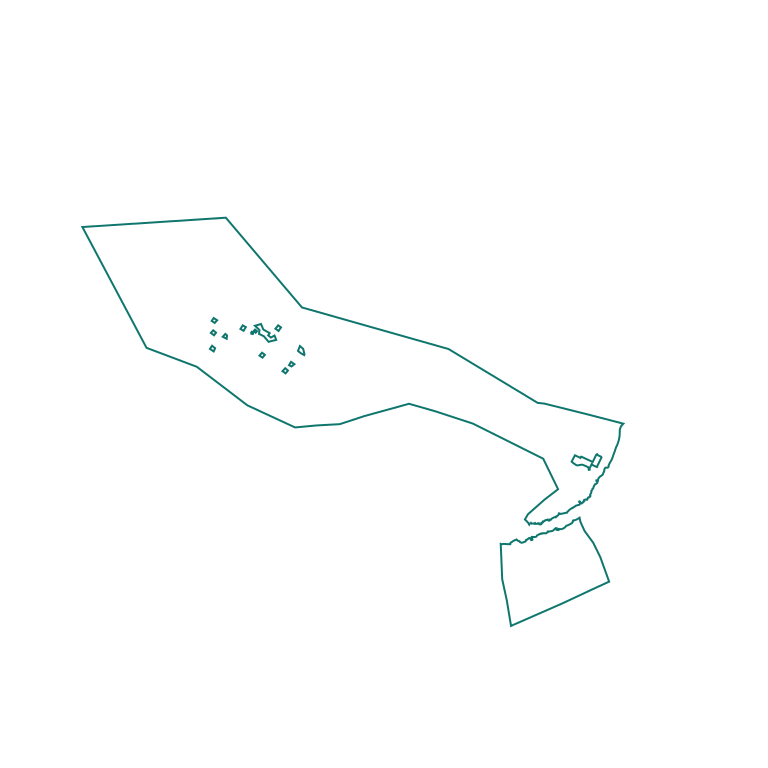 Zemam Out, Al Jizah, Egypt (Robinson projection), rotated 62°
{"feature_id": "37247803B81980397210132", "entity_name": "Zemam Out", "entity_type": "district", "adm_level": 2, "iso_a3": "EGY", "parent_name": "Egypt", "parent_adm1": "Al Jizah", "projection": "robinson", "projection_center": [30.957, 29.003], "detail": "fine", "context": "isolated", "style": "outline", "palette": "teal", "viewbox_px": 768, "rotation_deg": 62, "n_neighbors": 0, "source": "geoboundaries", "source_scale": "gbopen_adm2", "svg_char_len": 5976}
<svg xmlns="http://www.w3.org/2000/svg" viewBox="0 0 768 768"><g transform="rotate(62 384 384)"><path d="M569.5,240.2L568.3,239.4L567.3,237.4L567.1,236.1L566.8,233.6L566.2,232.8L565.5,232.1L564.4,230.5L564.0,230.2L563.4,230.0L562.9,229.5L562.1,228.5L561.9,227.6L562.1,227.1L562.4,226.7L562.8,226.0L562.9,225.3L562.7,224.9L562.2,224.3L561.4,224.0L561.0,223.4L560.3,222.6L560.2,222.3L559.6,221.6L557.8,218.6L557.0,217.6L555.6,216.1L553.3,213.7L551.4,211.4L550.6,210.7L549.7,209.7L549.0,209.0L546.9,206.2L544.5,203.7L542.5,201.9L539.7,199.9L536.2,197.9L535.2,197.3L534.2,196.4L532.7,194.7L532.4,194.2L531.4,191.3L517.6,206.3L505.7,219.3L476.6,251.6L472.8,257.2L383.4,310.6L277.9,420.5L162.9,445.6L103.8,576.6L240.6,576.7L280.9,541.2L338.8,514.6L380.6,482.9L388.8,463.3L398.7,441.9L403.1,416.5L413.2,371.2L432.3,351.4L460.7,324.1L524.7,278.5L558.6,279.7L561.5,296.7L566.6,318.1L569.8,323.2L571.5,322.6L574.0,321.9L576.3,321.8L575.9,321.2L575.7,321.1L575.7,320.8L576.0,319.8L575.7,319.4L576.7,319.1L577.0,318.2L577.4,317.6L577.5,317.2L577.6,316.3L578.0,316.6L578.0,316.8L578.6,316.1L579.0,315.0L579.5,314.1L579.2,313.7L579.6,312.7L579.9,312.8L580.8,312.7L581.1,312.2L581.5,311.8L581.6,311.2L581.4,310.5L581.3,310.4L581.0,310.3L580.7,310.5L580.6,310.4L580.7,309.9L580.9,309.3L580.8,308.8L580.1,308.7L579.9,308.0L580.3,307.2L580.4,306.4L580.0,305.6L580.0,305.3L580.3,304.3L580.7,303.6L580.8,303.4L580.6,303.0L580.9,302.7L581.6,303.0L581.8,302.9L582.0,302.6L582.2,302.3L582.2,301.8L581.8,301.4L581.6,301.4L581.6,301.1L582.0,301.0L582.2,300.4L581.8,299.6L581.6,298.6L581.6,296.2L581.9,295.4L582.0,295.0L581.8,294.4L581.8,293.9L581.9,293.6L581.7,292.6L581.8,292.7L581.5,291.5L581.1,290.6L580.5,290.5L580.3,290.2L580.7,289.7L581.2,289.7L581.7,289.0L582.0,287.9L582.6,285.8L583.5,282.8L583.1,282.5L582.8,281.2L582.5,280.3L582.8,280.3L582.4,280.3L582.3,280.0L581.8,277.1L582.1,275.9L582.0,275.5L581.8,275.4L581.9,274.5L581.8,274.0L581.8,273.3L581.7,272.8L581.7,272.1L581.5,271.9L581.6,271.3L581.7,270.9L582.0,269.3L582.3,268.8L582.3,268.2L581.8,267.0L580.5,266.9L580.2,267.0L579.7,267.0L579.4,266.9L579.3,266.7L579.8,266.2L582.0,265.8L582.2,265.7L582.2,265.4L582.1,265.2L582.0,264.7L582.1,264.3L582.0,264.0L581.6,263.6L581.5,263.2L581.6,262.6L581.5,262.2L580.6,262.2L580.4,261.9L580.3,261.6L580.5,261.0L580.7,259.9L581.4,259.4L581.6,258.9L581.2,258.4L580.5,257.8L580.2,257.4L580.0,256.6L580.5,255.9L580.2,255.1L579.8,254.3L579.5,254.2L579.4,254.3L578.9,254.3L578.6,254.1L578.0,253.2L577.6,252.4L577.3,252.0L576.5,251.6L576.2,251.3L575.8,251.2L575.6,250.5L574.9,249.5L574.6,249.4L574.6,249.0L574.4,248.5L574.3,248.2L572.8,246.8L572.8,246.5L572.4,246.0L571.7,245.0L571.6,244.5L571.8,244.0L571.7,243.4L571.5,242.9L571.4,242.5L571.4,242.1L570.6,241.6L569.9,241.3L569.2,242.0L568.9,241.8L569.4,241.3L569.1,241.0L569.3,240.6L569.7,240.4L569.5,240.2ZM548.6,246.5L548.1,247.2L546.7,251.4L546.4,251.8L545.9,252.2L545.8,252.4L542.6,254.0L540.7,254.8L536.6,248.9L540.8,245.7L541.5,245.3L540.7,244.1L540.8,243.9L550.8,236.3L546.0,229.7L546.1,228.7L546.8,228.7L547.3,228.6L549.8,226.7L550.5,226.4L550.9,226.4L556.6,234.2L557.1,234.9L557.3,234.9L557.3,235.0L553.4,238.0L553.2,238.0L552.4,237.9L552.1,238.1L555.1,242.2L555.0,242.6L555.4,242.7L555.9,242.5L556.2,242.6L555.9,243.5L553.8,242.8L553.1,242.9L550.7,244.8L548.6,246.5ZM293.2,463.3L292.6,466.1L285.4,467.7L281.1,470.8L277.9,468.6L272.0,470.6L273.3,464.4L279.2,465.0L285.4,461.1L286.7,463.4L289.9,462.0L289.8,457.9L294.5,458.5L293.2,463.3ZM317.7,443.0L314.4,444.4L311.0,440.4L315.0,438.9L320.3,440.2L321.0,440.9L317.7,443.0ZM287.7,452.2L284.2,453.9L282.5,449.9L285.7,448.4L287.7,452.2ZM271.1,483.0L268.0,484.9L265.9,481.2L268.9,479.3L271.1,483.0ZM275.3,519.1L271.3,521.2L269.5,517.9L273.1,516.3L275.3,519.1ZM328.4,465.9L325.0,467.6L323.7,463.8L327.0,462.5L328.4,465.9ZM250.6,504.8L247.4,506.5L245.8,503.4L249.4,501.4L250.6,504.8ZM303.7,478.9L300.5,480.6L299.1,477.0L302.3,475.5L303.7,478.9ZM261.2,511.2L257.6,512.9L256.4,509.6L259.8,508.2L261.2,511.2ZM325.1,457.4L322.8,459.0L320.8,455.7L324.4,453.8L325.1,457.4ZM270.2,501.7L266.6,504.2L265.3,500.6L267.4,499.8L270.2,501.7ZM278.5,473.3L276.1,474.3L275.4,472.3L277.8,471.3L278.5,473.3ZM278.3,476.4L277.5,477.5L276.4,477.3L275.9,476.3L277.4,475.5L278.3,476.4ZM664.2,278.0L638.4,274.3L622.4,273.8L608.0,275.9L598.0,275.3L593.8,274.1L593.8,274.3L594.0,274.9L594.0,275.5L594.1,276.9L594.0,278.5L593.7,280.1L593.5,280.4L593.5,280.5L593.3,280.7L593.3,281.1L593.9,281.9L594.2,281.9L594.4,282.2L594.7,282.5L595.2,283.7L595.1,284.7L595.1,287.2L595.0,287.6L595.1,288.2L594.8,289.3L594.8,289.8L594.9,290.0L595.5,291.4L595.6,291.9L595.7,292.9L595.7,294.0L595.4,295.5L595.0,296.3L594.6,296.9L594.5,297.1L593.9,298.0L594.8,298.2L594.8,298.8L594.2,299.6L593.4,300.3L592.1,300.0L592.1,299.7L591.9,299.9L592.4,302.3L592.6,302.7L592.8,303.8L592.7,304.6L592.0,306.8L591.7,307.8L591.1,308.4L591.3,309.0L591.8,309.3L591.7,310.4L591.9,310.9L591.9,311.1L591.4,312.1L591.2,312.2L590.3,313.8L590.5,314.2L590.0,315.2L589.9,315.9L589.7,315.8L589.6,316.4L589.6,317.0L589.5,317.7L589.6,318.9L589.5,319.8L590.1,320.8L590.3,321.3L590.1,322.1L589.8,323.0L589.4,323.5L589.3,323.8L588.7,324.7L588.4,325.2L588.4,325.4L588.5,325.6L588.9,325.4L589.2,325.4L589.6,325.7L589.8,325.7L590.8,325.8L591.2,326.1L591.3,326.5L591.2,326.9L590.9,327.3L590.3,327.5L589.5,327.4L588.8,327.5L588.4,327.8L588.2,328.3L588.1,328.7L588.4,329.6L588.4,330.1L588.6,330.4L588.6,331.2L588.4,331.6L588.4,331.9L588.6,332.1L589.1,332.4L589.4,332.9L589.5,333.3L589.3,333.9L589.2,335.5L588.9,336.8L588.5,337.3L587.7,337.9L587.2,338.2L586.6,338.1L586.2,338.4L585.7,339.0L584.8,339.6L584.3,339.7L583.9,339.8L583.5,340.0L583.5,340.4L583.5,341.3L583.3,342.0L583.3,342.7L583.6,346.9L583.8,347.1L584.1,347.3L584.6,347.5L584.7,347.9L584.3,348.4L584.0,349.1L583.5,349.8L582.9,351.0L582.3,351.8L581.2,353.8L581.0,354.5L580.6,355.5L580.0,356.0L611.9,371.3L632.5,377.1L657.2,385.4L661.5,328.7L663.1,296.8L664.2,278.0Z" fill="none" stroke="#0f766e" stroke-width="2"/></g></svg>